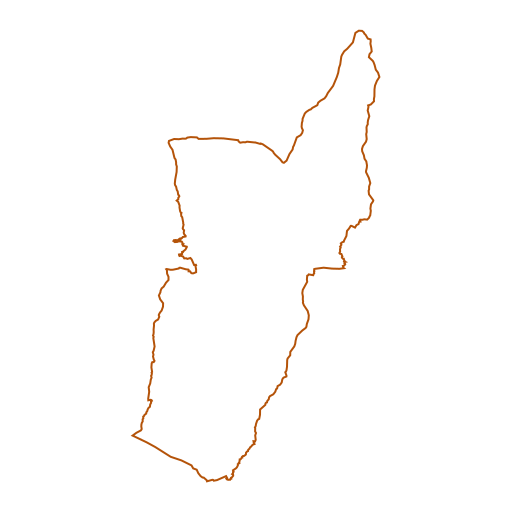 Logresti, Gorj, Romania
{"feature_id": "2599482B14981850499200", "entity_name": "Logresti", "entity_type": "district", "adm_level": 2, "iso_a3": "ROU", "parent_name": "Romania", "parent_adm1": "Gorj", "projection": "equal_earth", "projection_center": [23.721, 44.889], "detail": "fine", "context": "isolated", "style": "outline", "palette": "amber", "viewbox_px": 512, "rotation_deg": 0, "n_neighbors": 0, "source": "geoboundaries", "source_scale": "gbopen_adm2", "svg_char_len": 6089}
<svg xmlns="http://www.w3.org/2000/svg" viewBox="0 0 512 512"><path d="M207.0,481.3L212.4,479.8L213.1,479.9L213.8,480.7L217.0,480.1L226.1,476.1L227.1,478.0L226.3,478.5L226.8,479.3L228.1,479.8L230.1,479.7L230.2,479.2L231.1,478.8L230.8,478.3L231.0,477.8L231.7,477.6L233.2,475.7L233.1,474.6L232.2,474.1L233.0,473.2L233.0,472.0L233.6,471.7L233.0,470.3L236.0,468.3L236.9,467.3L237.9,465.3L237.8,464.1L239.3,463.2L238.9,462.6L239.4,462.1L239.7,459.4L240.4,459.4L241.4,458.4L241.6,457.7L242.3,457.5L242.1,456.8L243.0,456.0L243.9,456.0L245.6,454.8L245.9,454.4L246.0,452.8L246.9,451.6L248.0,451.1L248.2,449.8L249.5,448.6L250.1,447.3L250.9,446.8L252.6,444.8L254.5,444.0L253.7,442.6L253.5,441.2L255.0,441.5L255.7,439.8L255.2,435.4L256.0,433.0L255.1,431.4L255.2,428.0L254.9,427.5L255.7,426.0L256.0,424.0L257.1,420.7L258.2,419.3L259.2,418.9L260.0,414.8L260.1,409.5L265.3,404.9L265.5,403.4L266.1,402.7L267.0,402.4L267.3,400.9L268.7,399.4L269.1,397.3L270.0,396.1L273.3,394.3L275.3,391.7L276.1,389.2L277.1,388.5L277.6,386.1L280.1,384.7L281.7,382.5L282.3,379.4L282.9,378.4L283.6,377.6L286.4,376.5L286.5,375.7L285.3,372.2L286.0,371.5L286.5,370.2L287.0,366.8L287.2,360.0L287.6,358.5L290.2,355.3L290.3,351.9L294.3,346.4L295.2,343.8L295.6,340.8L296.5,337.2L297.5,335.1L302.3,330.5L305.6,328.0L306.4,326.8L306.8,324.1L308.5,319.3L308.8,315.3L307.7,311.0L303.9,305.3L302.9,302.8L303.1,301.3L302.8,299.7L302.9,296.4L302.3,293.1L302.8,289.8L307.2,281.8L306.9,279.6L307.2,275.7L308.1,275.3L308.7,274.4L313.2,275.2L313.8,273.6L314.2,273.3L314.0,271.7L314.4,271.1L314.1,270.7L314.2,269.1L315.2,268.8L323.6,267.7L332.0,268.6L339.5,268.8L343.9,268.2L343.4,267.8L342.9,266.0L343.8,265.8L345.2,264.4L345.1,263.9L344.6,263.7L344.3,263.1L344.5,262.1L345.3,261.9L344.1,261.3L344.5,260.6L343.9,259.7L343.8,258.9L343.3,259.0L341.9,257.6L341.9,256.9L342.4,256.4L341.4,254.0L340.0,253.8L339.4,253.0L340.1,251.7L340.0,249.2L340.7,247.3L340.1,246.7L341.4,244.8L340.8,243.4L342.3,242.2L343.8,241.7L344.0,240.7L346.4,236.0L347.0,230.9L349.0,228.6L350.7,225.9L351.6,225.9L355.0,227.6L356.5,225.1L358.5,224.1L359.2,221.8L360.4,221.6L359.8,220.3L360.2,219.7L362.2,219.8L364.3,219.3L367.2,219.6L369.2,217.6L369.4,216.6L370.2,215.5L370.8,210.8L370.4,208.6L371.0,204.3L373.0,201.4L373.3,200.3L369.0,194.4L368.6,190.8L369.1,189.4L369.1,186.5L370.3,183.1L368.8,177.8L366.1,172.3L366.0,171.2L366.8,167.8L367.0,165.4L366.3,161.4L364.5,158.7L363.9,155.3L362.2,151.3L362.0,149.0L362.9,146.1L366.0,141.7L366.7,139.1L366.2,134.1L366.7,132.0L366.5,127.4L366.8,126.1L367.8,124.2L367.7,122.7L368.0,120.3L369.3,116.2L367.7,110.5L368.5,106.7L368.1,105.4L370.8,104.5L374.0,101.3L373.9,99.1L374.4,96.4L374.5,89.3L375.0,85.6L376.9,80.9L379.4,77.0L378.0,72.6L375.8,69.7L374.6,65.0L373.6,62.3L372.8,60.9L368.9,57.2L369.5,54.2L371.7,51.5L371.3,48.0L370.4,43.7L370.7,41.3L370.6,39.4L367.8,38.6L365.6,34.8L364.2,33.5L363.9,32.5L362.1,30.9L358.8,30.7L355.4,32.9L352.9,42.4L347.2,48.8L344.2,51.3L342.0,54.9L341.3,56.6L340.2,64.5L339.0,67.9L338.2,72.8L336.8,77.1L333.1,85.9L327.8,93.0L326.2,96.2L324.5,98.4L320.5,100.7L318.2,102.6L317.3,105.2L312.3,107.9L310.8,109.4L309.4,109.8L306.3,111.9L304.8,113.5L302.6,118.8L302.5,120.9L301.9,122.9L301.6,126.7L301.9,128.1L302.9,130.2L302.2,132.9L300.6,135.2L296.8,137.4L293.9,145.5L293.1,146.9L292.6,149.5L289.5,154.0L286.6,160.6L283.9,162.8L282.5,162.3L280.1,159.2L275.2,154.7L273.7,152.9L273.0,151.5L271.8,150.5L262.8,144.3L260.7,143.5L260.3,143.9L259.9,143.8L254.7,142.3L254.9,142.5L247.0,141.7L245.4,142.3L243.0,142.2L240.2,142.7L238.6,141.4L238.2,140.2L223.4,138.4L213.6,138.2L206.6,138.8L198.6,138.9L196.9,137.4L190.7,137.1L187.3,137.6L186.2,138.5L185.2,138.7L182.6,138.6L178.9,139.2L174.1,139.0L169.0,140.9L168.6,142.8L170.2,146.5L172.5,149.8L174.2,156.8L174.5,158.0L175.6,159.5L176.1,162.3L176.1,164.3L176.8,166.5L176.6,172.0L175.2,179.6L174.8,183.7L175.1,185.1L176.1,186.7L176.8,189.9L177.7,191.4L178.2,194.7L179.1,195.5L179.3,196.4L178.3,197.8L178.3,199.2L176.7,200.6L178.2,201.8L179.6,205.6L179.5,207.4L180.1,211.1L180.9,212.9L181.4,213.0L181.1,214.2L181.3,216.1L182.2,217.2L183.2,222.5L183.2,223.7L183.6,224.6L182.7,228.3L183.0,229.1L184.1,230.3L183.7,232.7L184.0,233.9L185.7,236.0L185.6,236.5L182.8,237.0L181.8,238.2L179.9,238.5L177.9,240.0L177.2,241.3L176.8,241.2L176.7,240.4L175.9,240.5L175.8,240.0L174.0,240.2L173.5,240.9L173.8,241.0L173.9,240.5L174.8,240.7L174.4,241.8L174.8,242.1L177.4,241.9L179.9,240.8L179.6,241.4L181.7,241.6L182.3,242.3L182.5,243.2L182.3,243.8L183.3,244.1L182.7,244.8L182.9,245.7L186.8,246.7L186.8,247.1L185.5,249.5L183.2,251.4L183.1,251.9L182.1,252.0L182.1,254.0L179.0,254.5L179.1,255.2L179.5,256.0L180.8,255.7L183.2,256.6L184.2,258.4L186.3,258.3L187.3,258.9L190.4,258.0L191.7,259.5L194.1,265.0L195.9,264.8L196.1,265.3L195.4,265.7L196.1,269.3L196.1,272.2L193.4,273.3L191.9,273.3L191.0,272.8L190.2,271.4L188.6,271.3L188.7,270.1L188.4,269.6L185.9,269.3L180.2,267.7L179.3,267.8L178.8,268.5L173.0,269.7L170.7,269.8L166.6,269.0L166.2,269.2L166.9,270.1L167.1,273.7L168.5,276.8L168.5,280.0L166.0,282.7L163.7,286.6L161.6,288.4L160.6,290.7L160.4,292.3L158.9,295.5L160.2,299.4L163.1,303.2L163.0,306.7L161.6,310.6L160.1,312.4L158.9,314.5L158.8,315.4L159.3,316.7L158.1,319.5L155.7,320.9L154.3,322.5L153.9,323.6L154.0,325.6L153.6,329.5L153.7,332.1L153.5,334.2L153.0,335.5L153.7,336.9L153.3,338.0L154.6,346.5L153.6,350.8L152.8,352.2L153.5,354.8L153.0,356.4L153.8,359.6L154.5,360.9L153.7,362.1L152.3,362.1L151.7,363.3L151.4,367.4L152.1,371.9L151.6,372.6L151.9,373.4L151.6,375.1L151.1,375.9L151.6,377.6L150.8,379.6L150.2,383.5L148.7,387.2L149.2,391.8L148.2,398.6L148.3,400.3L150.6,399.8L151.5,400.1L151.9,400.8L151.0,401.5L151.1,402.8L150.2,404.5L149.9,406.8L148.6,407.8L147.7,409.4L147.2,411.2L146.3,412.3L146.2,413.6L144.5,414.9L144.1,415.9L143.2,416.6L143.3,418.5L142.6,419.3L142.7,421.4L141.8,422.9L141.4,424.6L141.3,426.4L141.7,429.0L141.3,429.8L140.9,430.4L136.4,432.8L132.6,435.6L146.6,442.3L155.2,447.0L170.7,456.8L181.4,460.4L191.5,465.4L193.2,468.4L196.7,469.7L198.3,473.2L200.6,476.1L202.5,477.5L203.7,477.6L206.7,480.2L207.0,481.3Z" fill="none" stroke="#b45309" stroke-width="2"/></svg>